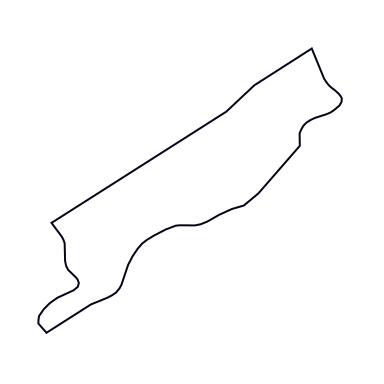 an SVG outline of Suhaj, rotated 96°
{"feature_id": "EGY-1552", "entity_name": "Suhaj", "entity_type": "Governorate", "adm_level": 1, "iso_a3": "EGY", "parent_name": "Egypt", "parent_adm1": "", "projection": "orthographic", "projection_center": [31.858, 26.536], "detail": "fine", "context": "isolated", "style": "outline", "palette": "ink", "viewbox_px": 384, "rotation_deg": 96, "n_neighbors": 0, "source": "natural_earth", "source_scale": "10m", "svg_char_len": 910}
<svg xmlns="http://www.w3.org/2000/svg" viewBox="0 0 384 384"><g transform="rotate(96 192 192)"><path d="M335.7,331.3L331.5,331.2L324.1,327.2L317.5,321.9L311.3,314.9L302.2,299.6L298.3,295.7L294.5,295.0L291.2,296.5L289.5,298.0L282.4,307.0L278.6,309.5L273.9,311.0L256.2,313.3L252.9,314.9L249.6,317.2L237.4,328.5L108.5,166.3L79.3,141.1L36.8,87.9L65.4,72.5L68.9,69.7L71.8,66.8L73.8,64.0L75.9,60.5L79.0,56.3L81.4,54.0L83.3,52.8L86.7,52.7L90.6,54.4L95.9,59.5L98.4,62.5L100.6,66.4L105.4,77.3L107.9,81.5L110.9,85.3L114.5,88.2L119.0,90.1L122.5,91.1L134.8,89.6L186.4,125.8L200.0,139.0L204.7,150.5L211.9,162.7L219.9,173.8L223.2,180.1L224.9,185.4L226.4,200.8L227.2,204.7L231.9,214.0L239.4,225.4L244.2,231.7L248.5,236.2L254.1,240.1L262.2,244.4L271.1,247.9L291.3,252.4L295.2,253.9L300.0,257.1L303.3,261.0L306.0,265.1L314.4,280.8L347.2,322.0L338.9,331.0L335.7,331.3Z" fill="none" stroke="#020617" stroke-width="2"/></g></svg>